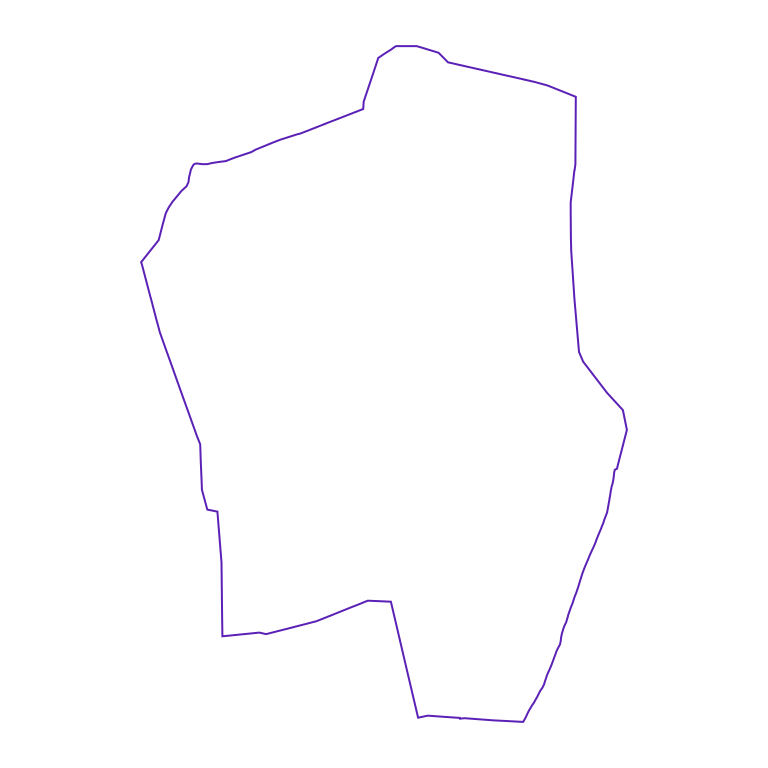 Mayfa'at Ans, Dhamar, Yemen (Natural Earth projection)
{"feature_id": "15242507B32732575993939", "entity_name": "Mayfa'at Ans", "entity_type": "district", "adm_level": 2, "iso_a3": "YEM", "parent_name": "Yemen", "parent_adm1": "Dhamar", "projection": "natural_earth1", "projection_center": [44.633, 14.515], "detail": "fine", "context": "isolated", "style": "outline", "palette": "violet", "viewbox_px": 768, "rotation_deg": 0, "n_neighbors": 0, "source": "geoboundaries", "source_scale": "gbopen_adm2", "svg_char_len": 2601}
<svg xmlns="http://www.w3.org/2000/svg" viewBox="0 0 768 768"><path d="M523.1,721.9L524.7,719.3L526.1,716.6L527.4,713.7L528.8,710.9L530.3,708.3L531.9,705.6L534.0,702.6L535.6,699.6L537.5,696.3L538.9,693.4L540.3,690.7L542.5,687.6L544.1,684.3L544.9,681.4L546.0,678.4L546.9,675.4L548.4,672.0L550.0,668.5L551.5,664.9L552.7,661.7L553.8,658.6L555.2,654.9L555.9,653.0L556.5,651.2L558.3,647.5L560.0,644.4L560.3,642.9L560.6,641.5L560.7,641.1L561.2,636.9L561.9,633.6L562.9,630.3L564.2,626.3L566.1,622.4L567.5,617.8L568.4,614.4L569.9,610.2L570.5,608.4L571.0,607.0L572.4,603.7L573.6,599.9L574.7,596.6L575.6,594.4L576.4,592.3L577.5,589.1L578.6,585.7L579.3,583.4L579.7,582.0L580.8,578.5L582.2,574.0L583.4,570.7L584.7,567.3L586.7,562.6L588.2,559.1L589.6,555.6L591.5,551.4L593.4,547.4L593.8,546.5L594.7,544.4L595.1,543.5L596.4,539.9L597.8,536.3L599.3,532.7L600.7,529.5L602.0,526.1L603.3,523.0L604.3,519.7L605.8,515.9L607.2,512.2L607.2,511.9L609.5,499.2L609.5,498.7L610.2,495.0L610.7,491.4L611.2,488.8L611.6,486.7L612.6,483.5L613.3,479.8L613.8,476.2L614.2,472.5L614.8,469.8L617.1,468.6L617.4,466.8L626.9,429.9L622.9,410.1L607.1,392.9L583.1,361.6L579.0,351.9L574.4,298.5L571.2,250.5L570.9,237.7L570.7,212.6L570.7,206.2L570.7,202.3L573.5,178.4L574.4,170.3L574.6,170.2L575.3,164.9L575.4,164.6L575.8,96.8L547.3,85.4L534.0,81.8L509.0,76.1L503.1,74.8L485.5,70.8L467.7,66.8L447.9,62.3L447.4,61.7L440.7,54.9L438.6,52.8L433.8,51.3L419.7,47.0L416.5,46.1L396.5,46.1L396.0,46.1L392.4,48.5L392.3,48.8L384.8,53.5L378.3,57.9L376.6,63.0L372.7,74.8L363.7,101.6L363.2,109.0L329.0,122.3L300.5,133.5L296.9,134.4L280.3,139.7L273.8,142.2L255.9,149.5L251.5,152.0L234.5,157.7L227.0,160.6L226.4,161.0L218.6,162.0L212.6,162.9L207.4,164.1L201.7,164.1L197.0,163.5L195.1,163.7L194.2,164.2L193.6,164.6L192.3,166.8L190.9,169.6L190.3,172.2L189.0,177.6L188.5,182.1L186.6,186.2L181.5,190.9L180.9,191.6L172.4,201.9L168.5,207.8L165.8,213.2L162.8,224.1L158.7,240.1L141.1,262.2L141.9,264.4L146.9,283.5L149.7,294.2L152.6,304.9L152.8,306.0L153.7,309.2L156.3,319.2L157.5,323.5L159.1,329.5L159.7,331.9L165.9,349.4L170.5,362.1L177.9,383.0L178.3,384.1L184.3,400.9L184.8,402.3L188.5,412.5L196.8,435.7L200.2,444.3L200.8,462.1L201.8,485.7L201.9,489.7L207.3,509.6L217.4,511.6L221.5,562.4L222.1,614.6L222.4,636.3L259.3,632.6L262.1,633.2L264.6,633.8L266.2,634.1L306.9,623.7L313.7,621.9L316.5,621.2L353.2,606.5L356.9,605.1L367.7,600.7L377.7,601.1L390.9,601.7L403.0,653.4L404.3,659.0L418.1,717.7L427.5,715.7L428.3,715.7L445.0,716.9L459.7,717.9L459.6,718.4L459.8,718.7L464.5,718.2L485.9,719.8L492.6,720.3L523.1,721.9Z" fill="none" stroke="#5b21b6" stroke-width="2"/></svg>